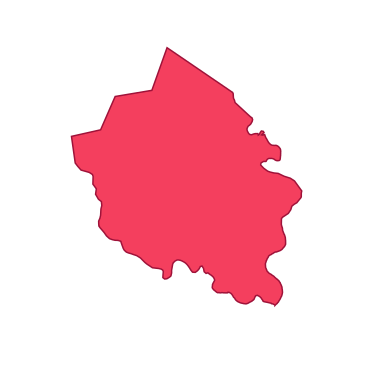 the district of Girard/Babonneau, Castries, Saint Lucia, rotated 152°
{"feature_id": "8701671B73614942856081", "entity_name": "Girard/Babonneau", "entity_type": "district", "adm_level": 2, "iso_a3": "LCA", "parent_name": "Saint Lucia", "parent_adm1": "Castries", "projection": "mercator", "projection_center": [-60.96, 14.001], "detail": "fine", "context": "isolated", "style": "filled", "palette": "rose", "viewbox_px": 384, "rotation_deg": 152, "n_neighbors": 0, "source": "geoboundaries", "source_scale": "gbopen_adm2", "svg_char_len": 5851}
<svg xmlns="http://www.w3.org/2000/svg" viewBox="0 0 384 384"><g transform="rotate(152 192 192)"><path d="M279.1,172.3L278.2,169.8L276.7,168.0L274.6,166.0L273.1,164.3L270.7,161.8L268.5,158.0L266.7,152.0L265.7,149.6L262.5,143.7L259.2,141.4L257.3,140.1L255.4,138.4L254.5,136.8L254.7,135.2L256.4,132.6L257.9,130.1L257.0,128.0L254.9,127.2L254.3,127.2L251.6,127.4L250.0,127.8L248.0,130.1L246.8,132.4L242.9,137.4L241.7,138.3L239.4,139.0L237.4,139.0L236.2,138.6L234.4,137.2L233.2,135.8L232.0,134.0L231.1,132.4L230.4,130.2L230.1,128.5L229.8,126.0L229.7,123.6L229.2,121.0L227.7,120.0L226.8,119.5L224.1,119.9L221.8,120.8L219.6,122.3L217.9,121.9L217.7,119.1L218.7,115.9L217.8,113.5L216.2,113.3L215.9,113.2L215.8,112.5L215.5,112.2L215.3,111.9L215.3,111.7L215.0,111.3L215.0,111.1L214.8,110.6L214.4,110.1L214.2,109.7L214.1,109.4L213.5,108.0L213.3,107.3L213.2,106.9L213.1,106.2L213.1,105.5L213.1,105.1L213.3,103.8L213.4,103.5L213.9,103.1L215.1,102.3L216.0,101.7L216.4,101.4L216.8,101.1L217.3,100.7L217.6,100.3L218.1,99.4L218.3,99.1L218.8,98.6L219.0,97.9L219.1,97.6L219.0,96.8L219.0,96.5L218.8,95.9L218.8,95.4L218.5,94.9L218.2,94.5L218.1,93.8L217.9,93.4L217.7,92.9L217.5,92.6L217.4,92.2L217.2,91.8L217.0,91.5L216.7,91.1L216.0,90.7L215.4,90.6L215.0,90.2L214.9,90.0L214.5,89.7L213.2,89.2L212.9,89.2L211.8,88.4L211.4,88.1L211.0,88.0L210.8,87.8L210.4,87.6L209.9,87.3L209.6,87.1L209.3,86.9L209.0,86.8L208.7,86.7L208.3,86.4L208.1,86.5L207.6,86.3L207.4,86.5L207.2,86.3L206.8,86.3L206.6,86.2L206.3,85.9L206.2,85.7L205.7,85.0L205.2,84.2L205.2,83.9L205.0,83.6L204.9,83.2L204.8,82.4L204.8,82.0L204.7,81.5L204.7,80.6L204.7,79.6L204.5,79.1L204.2,78.2L204.1,77.9L204.2,77.5L204.2,77.1L204.2,76.9L204.1,76.3L203.9,75.6L203.7,75.0L203.3,74.3L203.2,73.9L201.9,72.2L201.7,71.9L201.5,71.7L201.2,71.4L201.1,71.2L200.7,70.9L200.4,70.6L199.7,70.0L199.3,69.7L198.8,69.2L198.5,69.0L198.2,68.8L197.9,68.6L197.6,68.4L197.2,68.1L196.7,67.9L196.3,67.7L195.9,67.7L195.2,67.5L194.7,67.5L194.3,67.5L193.8,67.6L193.5,67.5L193.0,67.6L192.4,67.6L191.9,67.5L191.4,67.5L190.5,67.6L190.3,67.5L189.9,67.6L189.5,67.8L188.6,67.8L188.3,68.0L187.9,68.0L187.5,68.2L187.2,68.5L186.8,68.8L186.4,69.2L186.1,69.4L185.9,69.6L185.6,69.8L185.3,69.9L185.0,70.0L184.9,70.3L184.5,70.5L184.0,70.5L183.7,70.4L183.1,70.1L182.8,70.1L182.4,69.5L182.3,69.3L182.0,69.0L181.5,68.1L181.2,67.7L181.1,67.2L181.0,66.7L180.7,66.1L180.7,65.2L180.7,64.8L180.5,64.2L180.5,63.5L180.4,63.1L180.5,62.8L180.6,62.6L180.3,62.0L180.1,61.6L180.0,61.4L179.5,61.0L177.4,59.3L174.3,56.6L174.3,56.1L173.2,55.3L171.8,53.3L172.0,52.9L170.8,53.3L170.0,53.5L169.1,53.6L168.8,53.9L168.2,54.1L167.9,54.2L167.7,54.2L167.2,54.4L166.7,54.8L165.9,55.3L164.9,55.8L164.2,56.3L163.6,56.7L162.9,57.3L162.1,57.8L161.5,58.2L161.1,58.7L160.6,59.2L159.4,60.6L158.9,61.5L158.8,61.9L158.4,62.7L158.1,63.4L158.0,63.8L157.8,64.5L157.6,64.9L157.3,65.6L157.1,66.4L157.1,66.9L157.0,67.4L156.9,68.5L156.9,69.1L156.9,69.8L156.7,70.8L156.9,71.2L157.0,71.7L156.9,72.6L157.1,72.9L157.3,73.6L157.4,74.0L157.8,75.2L158.2,75.6L158.2,75.8L158.4,76.4L158.9,77.7L159.1,78.3L159.2,78.9L159.6,79.6L159.7,79.9L160.4,81.1L160.6,81.5L160.6,81.8L161.0,82.4L161.3,82.8L162.1,84.2L162.3,84.7L162.5,85.8L162.8,86.4L162.8,87.3L162.8,87.7L162.6,88.4L162.7,88.7L162.5,89.6L162.5,90.7L162.1,91.5L161.8,92.3L161.4,93.0L161.2,93.6L161.0,93.9L160.9,94.1L160.7,94.4L160.2,94.9L159.2,95.8L158.7,96.5L158.0,96.8L157.4,97.4L157.1,97.6L156.5,98.1L155.7,98.4L155.2,98.8L154.3,99.5L153.2,99.7L152.3,99.7L151.5,99.6L150.9,99.8L150.3,99.8L149.4,99.7L148.7,99.9L148.2,99.9L147.4,99.9L146.6,99.9L146.3,99.8L145.6,99.4L144.8,99.3L144.0,99.2L143.3,99.1L142.6,99.0L142.0,98.9L140.0,99.0L139.1,99.2L138.3,99.6L137.7,99.8L136.3,100.3L135.5,100.7L135.1,101.0L134.6,101.4L134.2,101.6L133.7,102.2L133.6,102.6L133.4,102.8L133.1,103.5L132.9,103.7L132.6,104.4L132.2,105.1L132.0,105.6L131.5,106.9L131.2,107.4L130.9,108.3L130.8,108.9L130.6,109.9L130.4,111.0L130.5,111.2L130.4,112.3L130.0,115.6L129.1,117.7L128.7,120.1L128.3,121.5L125.5,126.5L123.9,127.2L117.0,127.9L113.1,130.0L110.5,132.6L107.5,133.2L104.5,133.3L102.2,134.3L98.6,135.8L97.8,136.4L96.0,139.7L94.6,141.4L96.3,153.6L98.7,158.0L103.3,162.7L107.2,168.0L110.8,170.4L113.7,173.0L115.4,174.9L117.5,179.3L118.7,183.6L117.6,185.1L117.0,185.3L114.8,185.4L114.1,185.3L113.3,184.7L112.4,184.3L112.2,184.3L111.9,184.5L111.0,185.1L110.2,185.5L109.3,185.6L108.6,185.6L108.0,185.4L107.0,184.8L106.1,184.4L105.0,183.5L104.5,183.0L104.1,182.4L104.0,182.1L103.6,181.3L102.9,180.3L102.0,179.6L101.1,179.2L100.3,178.9L99.9,178.9L99.4,179.0L99.0,179.3L98.6,179.8L97.9,180.8L97.4,181.6L96.6,182.7L96.2,183.5L95.7,184.3L95.3,185.1L94.5,186.4L94.2,187.2L93.9,188.0L93.8,188.9L94.0,190.1L94.2,191.1L94.6,192.1L95.4,193.3L96.0,193.8L96.8,194.2L97.7,194.6L98.5,195.2L99.2,195.6L99.6,196.0L100.1,196.7L100.5,197.6L100.8,198.5L101.1,199.7L101.2,201.8L101.2,202.6L101.2,204.0L101.3,205.0L101.3,205.9L101.2,206.4L101.1,207.3L100.9,208.6L103.1,209.1L103.8,209.8L101.8,210.3L100.5,210.7L100.6,212.1L102.1,213.3L103.5,212.7L105.7,211.2L106.8,211.1L106.5,211.8L106.5,212.7L108.9,213.9L110.4,214.3L112.6,214.6L114.1,215.8L114.5,217.3L114.5,220.0L113.9,221.9L111.7,223.7L109.8,224.0L108.3,224.4L105.9,225.9L104.5,227.4L104.2,229.3L105.0,230.8L106.1,233.8L112.0,250.7L111.4,253.2L111.4,255.0L111.0,256.2L109.5,259.4L109.4,260.8L146.3,331.1L179.7,300.6L215.0,312.4L234.8,296.7L243.5,289.8L272.3,297.7L281.5,272.4L280.8,268.2L279.7,263.5L273.5,257.5L271.7,254.2L272.0,252.2L275.8,245.5L275.0,239.7L278.2,235.3L278.0,229.5L276.5,226.1L278.0,222.4L280.4,219.7L283.6,214.4L285.6,212.1L288.1,210.1L289.4,207.5L290.2,205.6L289.9,205.3L290.1,204.7L290.0,203.8L289.7,202.4L289.1,199.8L288.6,197.4L288.1,193.4L287.5,191.7L286.7,189.5L284.8,187.4L282.6,185.5L280.2,184.1L279.6,183.6L278.0,181.9L278.3,180.5L278.7,177.9L279.2,174.3L279.1,172.3Z" fill="#f43f5e" stroke="#9f1239" stroke-width="1.5"/></g></svg>